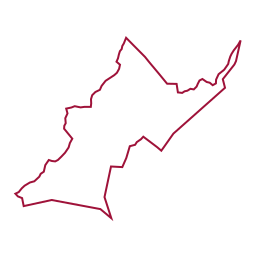 São Miguel, Rio Grande do Norte, Brazil (Mercator projection)
{"feature_id": "56859067B85156148538476", "entity_name": "São Miguel", "entity_type": "district", "adm_level": 2, "iso_a3": "BRA", "parent_name": "Brazil", "parent_adm1": "Rio Grande do Norte", "projection": "mercator", "projection_center": [-38.467, -6.213], "detail": "fine", "context": "isolated", "style": "outline", "palette": "rose", "viewbox_px": 256, "rotation_deg": 0, "n_neighbors": 0, "source": "geoboundaries", "source_scale": "gbopen_adm2", "svg_char_len": 1282}
<svg xmlns="http://www.w3.org/2000/svg" viewBox="0 0 256 256"><path d="M23.7,206.1L51.6,200.0L100.4,209.1L111.3,218.2L104.5,197.1L111.0,166.5L122.3,167.1L126.3,158.0L129.8,146.2L135.1,144.8L136.8,142.1L141.0,139.2L143.3,136.7L157.2,147.2L161.3,150.7L163.6,147.5L173.4,133.6L225.0,87.8L222.8,79.2L234.4,64.5L236.0,61.1L240.6,40.4L238.1,44.8L233.8,50.3L231.6,53.8L230.3,56.5L228.8,61.1L228.2,64.0L224.2,69.7L218.6,74.2L216.1,79.6L215.9,83.4L212.7,85.2L209.7,82.7L206.7,82.0L202.4,79.0L199.5,80.5L197.8,83.8L196.6,86.6L193.8,89.4L190.4,88.8L187.4,90.7L184.6,91.3L182.2,92.9L177.9,92.4L176.6,83.9L167.1,83.7L158.8,73.6L150.5,63.7L148.6,61.4L145.0,56.9L133.3,45.1L126.1,37.8L123.8,43.5L122.3,46.0L121.7,49.0L119.9,51.2L118.9,54.4L118.0,58.3L116.5,61.7L120.0,64.7L119.1,68.8L116.9,72.8L114.3,75.1L105.6,80.8L101.6,85.9L99.9,89.8L95.4,92.0L92.2,95.2L91.0,99.2L91.2,103.4L90.8,106.9L84.1,106.9L80.6,107.4L74.7,106.2L71.4,107.5L66.2,108.6L67.5,113.4L65.3,118.2L65.7,123.2L64.3,125.8L64.1,128.7L72.3,138.7L69.9,143.0L68.6,147.5L65.0,152.8L61.4,156.6L57.9,160.0L55.2,161.4L51.9,161.0L48.8,160.0L45.3,165.1L43.8,171.7L40.7,173.8L39.3,176.7L34.3,181.3L29.9,182.5L24.6,185.7L21.8,188.3L18.7,192.1L15.4,193.7L17.9,196.4L22.1,198.1L23.7,206.1Z" fill="none" stroke="#9f1239" stroke-width="2"/></svg>